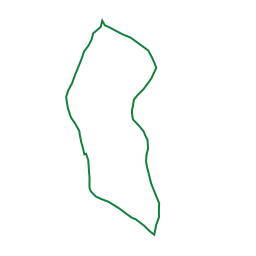 Egor, Edo, Nigeria, rotated 307°
{"feature_id": "59680162B99535636657731", "entity_name": "Egor", "entity_type": "district", "adm_level": 2, "iso_a3": "NGA", "parent_name": "Nigeria", "parent_adm1": "Edo", "projection": "orthographic", "projection_center": [5.585, 6.346], "detail": "fine", "context": "isolated", "style": "outline", "palette": "green", "viewbox_px": 256, "rotation_deg": 307, "n_neighbors": 0, "source": "geoboundaries", "source_scale": "gbopen_adm2", "svg_char_len": 1070}
<svg xmlns="http://www.w3.org/2000/svg" viewBox="0 0 256 256"><g transform="rotate(307 128 128)"><path d="M198.2,42.8L192.4,45.4L187.1,44.3L182.6,43.2L177.0,45.6L170.3,46.8L162.5,46.9L155.7,49.2L146.8,51.6L137.8,54.0L130.0,56.4L122.1,57.6L115.4,60.0L107.6,68.1L102.0,76.2L99.8,83.1L96.2,91.1L94.3,92.8L88.7,99.0L85.3,103.5L80.7,109.1L82.1,110.0L78.5,115.5L71.8,121.3L65.1,127.2L64.7,127.5L57.3,133.0L55.0,136.4L53.9,143.4L55.1,149.1L57.4,157.1L58.5,169.8L58.5,177.8L58.6,184.7L59.7,189.3L59.7,199.6L58.6,207.7L58.6,213.2L67.6,208.8L75.5,206.4L79.9,202.9L86.6,198.2L95.6,183.2L97.8,179.7L109.0,165.8L109.9,164.9L112.3,162.4L117.9,158.8L123.5,156.5L130.3,150.7L132.5,146.1L134.7,142.6L135.5,139.2L135.9,137.5L136.4,135.6L137.8,126.8L142.3,122.2L145.1,120.1L147.6,119.2L154.3,115.6L160.4,115.9L168.3,117.0L169.7,117.0L170.3,117.0L174.5,116.9L175.0,116.9L178.6,116.9L181.8,116.8L187.4,115.6L193.0,114.4L195.2,111.0L198.5,105.2L202.1,97.5L201.8,78.7L201.8,75.9L199.5,67.2L198.4,60.3L197.3,53.4L196.1,47.7L198.2,42.8Z" fill="none" stroke="#15803d" stroke-width="2"/></g></svg>